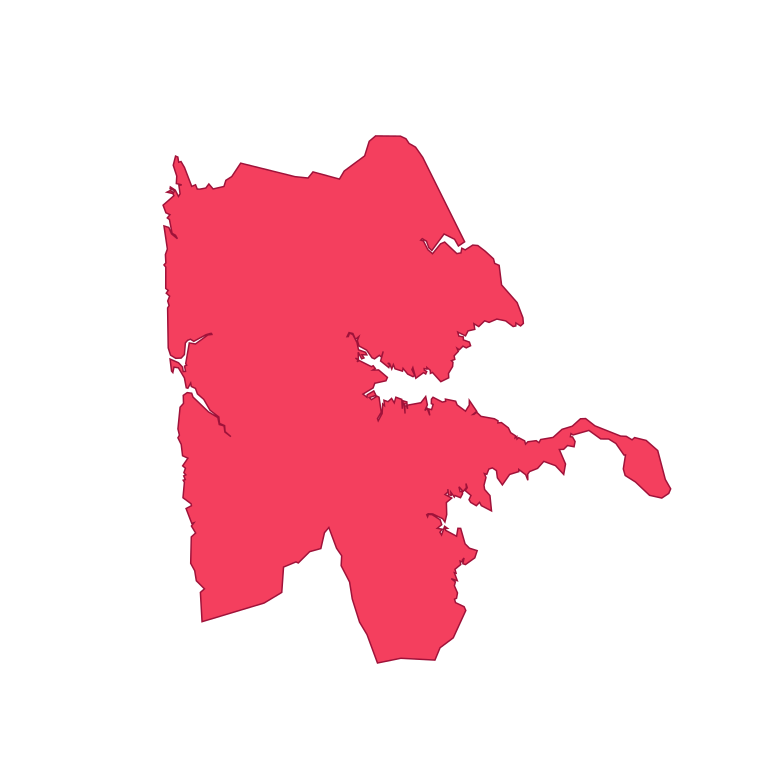 Chake Chake, Kusini-Pemba, United Republic of Tanzania (Equal Earth projection), rotated 163°
{"feature_id": "72390352B74660811526984", "entity_name": "Chake Chake", "entity_type": "district", "adm_level": 2, "iso_a3": "TZA", "parent_name": "United Republic of Tanzania", "parent_adm1": "Kusini-Pemba", "projection": "equal_earth", "projection_center": [39.751, -5.247], "detail": "fine", "context": "isolated", "style": "filled", "palette": "rose", "viewbox_px": 768, "rotation_deg": 163, "n_neighbors": 0, "source": "geoboundaries", "source_scale": "gbopen_adm2", "svg_char_len": 6171}
<svg xmlns="http://www.w3.org/2000/svg" viewBox="0 0 768 768"><g transform="rotate(163 384 384)"><path d="M372.0,143.5L372.5,147.6L379.5,154.0L379.5,157.6L377.3,157.9L374.8,162.7L375.7,170.5L373.6,173.9L376.6,178.2L371.4,174.5L371.9,183.0L370.4,182.0L370.3,186.1L363.4,188.9L363.0,192.4L361.0,190.7L360.5,192.8L358.3,194.2L361.1,189.1L358.9,187.5L348.0,191.2L343.6,197.4L350.3,202.0L353.2,207.5L352.9,223.5L355.5,224.4L359.1,217.2L367.8,226.0L367.9,227.9L365.5,227.4L367.6,230.2L373.1,222.8L373.9,225.9L370.9,228.2L375.3,230.4L369.9,232.6L370.0,237.7L376.2,245.0L379.7,246.3L381.1,244.3L381.4,246.5L379.7,247.0L375.5,245.6L367.3,238.0L366.1,234.2L362.2,240.8L359.0,252.4L352.6,255.1L358.0,260.5L354.5,262.0L353.7,264.8L354.7,259.2L352.3,257.9L351.7,260.9L349.8,255.4L348.7,256.6L344.1,252.9L340.9,256.1L340.9,258.8L342.7,258.8L342.4,263.8L339.7,258.1L335.5,260.8L334.7,264.9L334.7,260.5L337.5,258.3L333.4,252.0L336.5,248.5L335.7,245.4L331.3,240.6L327.2,242.9L326.5,239.2L318.3,231.2L315.3,246.3L318.6,253.7L318.0,257.9L313.8,264.8L314.2,269.0L312.1,267.6L308.6,272.0L304.9,272.1L301.8,268.3L303.0,261.1L300.3,252.9L290.3,260.8L280.7,260.8L280.1,262.9L275.0,255.8L274.6,249.9L272.9,255.8L270.4,257.7L261.8,258.4L253.8,263.3L243.9,255.8L238.6,245.0L233.8,254.4L235.5,270.1L231.3,269.0L226.5,271.5L220.6,268.4L218.1,273.1L219.2,278.2L221.2,279.1L219.7,281.9L218.1,280.0L201.6,279.7L192.8,268.1L185.2,265.7L179.6,259.3L175.3,245.9L173.8,245.5L180.0,232.8L180.1,226.0L172.2,216.8L162.6,199.9L151.7,193.7L143.7,196.1L140.5,199.9L142.9,210.5L141.7,240.3L149.8,253.4L160.0,259.5L163.1,258.1L167.6,263.1L172.9,265.0L194.5,282.3L201.3,292.0L206.3,293.3L216.3,288.6L227.0,288.6L237.9,283.5L250.4,285.1L253.0,282.6L255.0,285.3L263.3,286.7L266.2,285.1L266.1,288.5L270.9,293.3L272.9,292.5L272.3,294.9L274.3,294.2L273.4,296.0L277.1,300.4L277.9,305.7L283.0,312.8L286.5,313.5L285.7,315.4L288.6,318.5L300.7,324.7L303.6,329.9L306.8,328.7L307.8,328.9L303.3,330.7L307.2,343.4L308.6,338.9L314.0,334.2L320.2,342.6L320.5,346.6L329.7,351.6L330.1,349.4L333.4,349.6L341.0,357.0L343.1,355.6L344.5,351.4L343.0,350.1L346.0,345.6L348.6,347.1L349.4,340.6L349.8,348.0L352.7,346.7L348.6,351.4L347.8,359.8L354.2,355.3L367.9,356.9L368.8,353.3L368.9,356.6L370.6,356.9L372.5,349.6L370.5,359.3L367.9,358.0L367.4,360.2L370.6,362.3L373.7,355.0L371.5,364.1L376.5,367.9L379.7,363.0L381.0,368.0L385.3,365.9L388.8,368.5L389.9,363.2L391.1,365.3L394.4,356.3L400.3,350.5L400.4,352.8L394.9,357.8L392.6,372.8L394.2,374.4L400.5,372.7L402.0,375.3L395.0,375.5L395.8,380.4L403.3,378.5L404.2,376.3L407.1,380.5L395.6,383.4L392.6,387.4L381.2,386.5L378.8,389.3L385.0,399.0L390.6,400.6L387.8,401.4L389.0,404.6L391.0,404.3L400.7,413.6L403.3,413.2L401.6,414.5L403.8,417.1L401.3,415.0L399.4,421.9L398.0,414.6L395.5,414.8L396.7,418.5L391.9,416.9L392.4,419.7L398.4,424.2L397.7,431.5L399.4,440.5L402.1,442.7L404.3,439.8L405.5,440.1L402.4,443.4L399.0,441.4L398.2,435.0L394.2,436.7L396.8,433.3L396.8,427.7L390.7,421.5L387.8,412.6L385.7,410.8L380.1,412.8L378.6,410.5L375.2,415.4L380.5,407.0L374.6,398.3L372.9,400.7L374.3,402.9L372.7,402.0L372.2,396.1L369.4,399.8L369.0,395.3L362.6,390.9L361.2,393.4L358.5,386.6L354.1,382.5L352.1,383.2L353.1,389.6L351.6,391.3L351.9,380.2L342.9,383.3L341.2,381.4L339.5,383.4L341.4,385.5L341.1,387.0L338.6,385.7L338.2,387.3L335.7,383.5L336.5,380.6L334.3,380.9L329.0,369.6L320.3,371.0L319.2,375.3L313.3,380.6L311.7,384.6L312.7,386.6L309.1,386.8L308.7,390.4L303.4,393.5L303.7,396.8L302.0,394.7L297.4,397.1L294.8,394.5L290.0,395.3L290.1,399.1L295.2,403.0L294.4,405.8L298.4,408.0L298.3,412.1L292.0,406.2L288.1,410.2L281.2,409.7L280.4,415.4L276.6,411.2L269.3,415.0L265.5,412.2L257.1,413.1L249.2,408.8L243.7,401.2L241.0,401.0L240.0,403.8L236.4,399.6L233.0,401.2L231.8,406.8L232.9,422.9L242.6,444.4L239.2,463.8L242.9,467.0L242.7,471.7L248.4,481.4L253.8,489.0L258.5,490.9L267.1,488.5L269.9,491.1L272.1,486.9L276.2,487.4L284.5,502.0L288.9,501.5L299.5,494.4L302.8,499.6L304.5,509.3L306.8,510.8L304.9,511.8L301.6,508.1L301.3,501.2L299.2,497.7L282.7,509.9L274.2,501.8L272.5,494.2L265.3,496.4L280.7,589.4L284.6,601.3L289.7,606.7L291.3,612.1L295.8,616.2L319.5,623.7L327.2,620.4L335.8,607.8L359.8,599.3L366.7,593.0L389.9,607.6L396.4,603.2L408.5,608.3L456.5,637.1L468.9,626.9L475.7,625.0L479.3,619.7L490.4,620.5L493.0,626.5L497.1,623.5L503.2,624.2L505.6,625.0L506.0,629.6L510.1,629.2L511.5,649.4L513.1,656.1L515.5,656.1L514.8,661.3L516.7,662.9L521.6,654.8L521.4,643.4L524.0,636.4L519.2,633.6L522.1,633.8L523.4,625.5L525.7,623.5L527.0,630.5L530.7,634.9L531.5,633.3L527.7,630.1L529.3,628.6L531.8,631.5L535.5,630.9L530.2,627.8L529.9,625.5L543.0,619.6L542.5,611.5L539.2,608.5L542.7,606.2L541.1,604.0L542.6,590.1L539.9,587.2L539.1,583.3L543.3,589.7L544.0,596.6L548.2,599.5L551.7,576.4L555.2,571.7L557.2,563.6L559.6,562.2L558.5,559.6L564.8,539.2L563.0,536.6L565.7,534.5L563.3,530.7L566.6,526.6L566.6,521.8L568.7,520.0L579.8,481.6L579.7,474.0L575.7,469.5L570.4,468.1L566.3,470.5L561.9,481.4L559.0,483.2L556.0,483.4L553.4,480.4L539.8,483.2L535.1,483.1L534.2,482.8L534.1,481.7L538.1,482.4L552.6,477.4L558.2,480.2L567.7,461.4L567.2,459.7L569.5,459.4L570.1,454.1L572.4,454.6L571.7,459.0L574.3,464.4L581.3,470.4L583.4,458.5L582.6,456.7L579.9,461.5L575.9,459.6L573.1,448.2L574.2,438.2L572.8,437.3L568.6,441.4L569.0,438.0L565.6,434.9L565.3,429.1L560.9,422.1L558.0,409.7L551.6,400.8L552.8,394.4L548.6,390.8L549.9,385.0L545.8,378.4L550.2,384.6L549.2,390.7L553.4,393.4L552.7,400.5L560.0,408.6L570.5,427.4L570.6,431.4L574.7,433.3L579.3,431.8L581.4,424.1L585.8,421.4L594.2,401.3L594.6,394.9L596.8,392.8L595.6,385.5L597.6,374.3L593.2,370.4L600.5,364.6L598.5,361.5L601.3,357.7L600.1,355.1L602.4,354.7L602.0,350.7L604.2,350.7L603.6,348.4L609.5,334.0L603.5,325.9L603.7,323.9L609.7,322.8L608.6,306.9L606.3,306.9L609.7,304.5L607.7,296.6L613.0,294.1L621.3,269.0L619.6,260.8L621.0,250.7L615.6,240.6L620.5,238.4L627.5,209.9L562.6,209.6L542.7,214.6L533.6,238.3L520.2,239.6L518.3,237.9L504.1,245.4L492.5,245.1L484.4,259.2L478.7,262.9L477.4,240.8L474.7,232.1L478.1,222.8L474.8,204.7L477.2,187.7L477.0,163.4L473.5,149.3L471.8,119.1L448.1,116.8L416.0,105.1L407.5,115.4L392.0,121.0L372.0,143.5Z" fill="#f43f5e" stroke="#9f1239" stroke-width="1.5"/></g></svg>